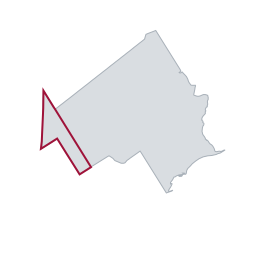 location of Bir Moghrein, Tiris Zemmour, Mauritania, rotated 238°
{"feature_id": "47542326B49457561972338", "entity_name": "Bir Moghrein", "entity_type": "district", "adm_level": 2, "iso_a3": "MRT", "parent_name": "Mauritania", "parent_adm1": "Tiris Zemmour", "projection": "mercator", "projection_center": [-8.377, 26.182], "detail": "fine", "context": "in_parent", "style": "outline", "palette": "rose", "viewbox_px": 256, "rotation_deg": 238, "n_neighbors": 0, "source": "geoboundaries", "source_scale": "gbopen_adm2", "svg_char_len": 3378}
<svg xmlns="http://www.w3.org/2000/svg" viewBox="0 0 256 256"><g transform="rotate(238 128 128)"><path d="M111.2,212.1L109.6,211.0L109.0,209.9L108.0,209.1L106.5,208.5L105.6,207.9L105.1,207.2L104.6,206.7L104.0,206.5L104.0,206.2L104.1,205.9L104.0,205.2L103.1,203.7L102.3,203.1L101.6,203.2L101.2,203.0L101.0,202.7L100.9,202.2L100.5,201.8L99.6,201.6L99.0,200.5L98.5,198.5L97.9,197.0L97.1,195.8L96.5,195.4L96.1,195.3L96.0,195.2L95.9,194.8L95.3,194.7L94.4,195.1L93.7,195.0L93.3,194.4L92.8,194.4L92.1,194.8L91.4,194.7L90.6,194.0L90.1,193.3L90.0,192.6L88.6,191.1L85.9,189.0L83.0,188.0L79.9,188.2L78.1,188.1L77.7,187.7L77.3,187.8L76.9,188.2L76.5,188.2L76.0,188.0L75.8,188.2L75.7,188.7L74.5,189.0L72.4,189.0L70.7,189.3L69.4,190.0L67.6,190.3L65.2,190.2L63.7,189.9L63.2,189.6L62.5,189.5L61.7,189.7L60.9,190.7L60.2,192.6L59.6,193.7L59.1,193.9L58.6,195.3L58.4,197.7L57.9,198.7L57.9,192.9L58.6,190.7L58.8,188.8L60.3,184.5L62.1,181.0L63.7,176.4L64.3,171.9L64.1,167.5L63.6,163.5L62.8,160.9L62.0,157.2L60.8,155.2L58.7,153.4L58.2,152.4L58.7,152.0L60.0,151.8L60.8,150.4L59.1,150.9L61.1,146.7L61.7,143.9L61.6,142.0L62.0,140.9L60.5,138.4L59.3,135.2L58.6,134.7L58.0,134.4L58.0,135.2L57.6,135.8L56.9,135.4L55.5,133.1L53.7,129.4L53.0,129.0L52.5,129.5L52.1,130.0L51.5,133.1L51.3,131.9L51.6,130.4L52.1,128.6L52.6,126.1L54.2,126.1L57.0,126.1L62.8,126.1L65.7,126.1L71.4,126.1L74.3,126.1L80.0,126.1L82.9,126.1L88.6,126.1L91.5,126.1L97.3,126.1L100.1,126.1L102.0,126.0L101.9,124.3L101.8,122.8L101.7,120.9L101.6,119.0L101.5,117.1L101.4,115.3L101.3,113.5L101.1,111.9L101.1,110.4L100.9,109.5L100.3,107.7L100.1,106.9L100.3,106.0L100.7,105.1L101.8,103.5L103.5,102.3L105.5,100.9L107.0,99.8L107.8,99.5L110.1,99.2L111.9,98.4L113.7,97.6L114.5,97.1L114.6,95.6L114.6,62.3L123.4,62.3L125.8,62.3L142.1,62.3L144.4,62.3L156.3,62.3L156.3,60.7L156.3,58.4L156.3,55.3L156.3,52.1L156.3,46.5L156.3,44.2L158.7,45.7L163.4,48.8L165.7,50.4L170.4,53.5L175.2,56.6L179.9,59.7L182.2,61.2L184.6,62.8L186.9,64.3L189.3,65.9L194.0,68.9L196.0,70.2L199.0,72.3L201.8,74.2L204.7,76.1L200.3,76.1L194.4,76.1L190.4,76.2L186.3,76.2L182.5,76.2L182.8,79.3L183.2,82.7L183.5,86.2L183.9,89.6L184.2,93.0L185.3,103.2L185.7,106.5L186.0,109.9L186.4,113.3L186.7,116.6L187.5,123.4L187.8,126.7L188.2,130.0L188.5,133.4L188.9,136.7L189.2,140.0L190.0,146.7L190.3,150.0L190.7,153.3L191.0,156.6L191.4,159.9L191.7,163.1L192.1,166.4L192.4,169.7L193.2,176.3L193.5,179.5L193.9,182.8L194.2,186.0L194.6,189.2L196.1,190.8L197.9,192.9L197.4,195.9L196.7,199.4L196.0,203.2L190.8,203.2L185.7,203.2L172.9,203.2L170.4,203.2L157.6,203.2L155.1,203.2L150.1,203.2L148.7,203.1L148.1,202.8L148.0,200.8L147.5,200.9L147.0,201.5L146.7,202.1L146.8,203.0L146.7,203.7L145.1,203.9L142.9,204.4L140.6,204.8L138.2,204.6L137.4,204.5L136.5,204.2L134.7,203.9L133.6,203.9L132.5,204.0L131.1,204.1L130.6,204.5L129.6,206.0L128.6,207.7L127.9,207.6L127.2,206.7L125.2,205.0L122.7,202.6L121.6,201.5L121.0,201.3L119.8,202.2L118.8,203.0L117.8,204.1L117.3,205.2L116.9,206.4L116.7,207.9L116.4,209.7L115.5,211.1L114.5,212.1L113.7,212.6L113.5,212.9L111.2,212.1ZM60.0,147.8L59.2,149.1L58.8,148.6L58.7,147.8L59.4,146.5L59.7,145.9L60.3,145.7L60.0,147.8Z" fill="#d9dde1" stroke="#a8b0b8" stroke-width="1"/><path d="M182.7,76.1L185.5,76.0L204.5,76.1L189.7,66.6L175.6,56.9L162.4,47.8L156.5,43.1L156.6,62.3L139.4,62.3L117.6,62.4L114.3,62.4L114.4,75.9L182.7,76.1Z" fill="none" stroke="#9f1239" stroke-width="2"/></g></svg>